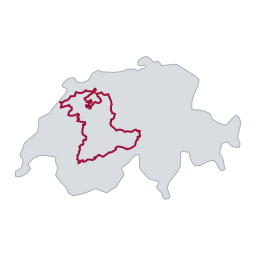 Bern on a map of Switzerland (Mercator projection)
{"feature_id": "CHE-3424", "entity_name": "Bern", "entity_type": "Canton", "adm_level": 1, "iso_a3": "CHE", "parent_name": "Switzerland", "parent_adm1": "", "projection": "mercator", "projection_center": [7.53, 46.838], "detail": "fine", "context": "in_parent", "style": "outline", "palette": "rose", "viewbox_px": 256, "rotation_deg": 0, "n_neighbors": 0, "source": "natural_earth", "source_scale": "10m", "svg_char_len": 7735}
<svg xmlns="http://www.w3.org/2000/svg" viewBox="0 0 256 256"><path d="M193.9,75.3L195.4,76.3L199.0,79.6L198.2,85.2L194.1,94.2L191.9,101.4L191.7,107.0L192.1,109.6L192.8,109.5L196.7,109.9L198.7,109.9L205.0,111.4L210.0,113.6L211.0,115.9L211.7,118.7L217.6,122.6L224.5,125.1L226.8,124.3L235.4,115.3L238.6,116.8L240.6,121.6L240.6,124.1L238.2,133.6L237.8,138.7L239.8,142.1L240.0,144.8L239.4,147.2L236.0,147.4L231.5,146.1L227.6,142.0L224.7,142.5L222.2,143.5L220.9,147.4L219.7,152.0L220.1,154.6L221.9,156.6L223.3,160.8L224.3,166.2L225.1,168.8L224.2,169.9L221.9,170.6L219.9,169.9L216.4,163.4L214.8,160.9L212.0,160.4L207.1,162.0L199.7,165.7L196.7,165.7L194.1,164.9L191.7,161.8L189.7,155.9L189.1,152.1L187.6,152.2L182.9,151.1L180.6,152.6L180.6,158.7L180.2,166.3L177.8,171.2L171.1,179.7L168.7,183.4L167.7,186.1L167.5,188.4L168.5,192.3L169.9,196.1L168.8,198.3L165.2,199.4L162.8,197.1L161.8,193.0L156.4,187.4L158.9,182.7L158.5,181.5L149.6,179.1L145.7,175.6L140.4,169.3L139.4,166.6L139.6,157.9L139.3,155.8L138.6,154.7L136.0,154.8L132.3,157.8L129.0,162.4L122.1,167.5L121.4,168.6L123.7,173.5L123.6,175.5L118.1,183.4L117.0,186.0L109.9,190.9L106.7,192.8L96.9,189.1L94.2,188.7L89.8,191.1L83.6,193.5L73.6,195.8L69.9,194.1L68.2,192.5L67.3,190.1L64.8,185.9L61.9,183.4L60.0,180.7L57.3,177.7L55.7,175.2L57.9,167.2L56.3,164.4L55.4,160.3L55.9,157.6L54.9,156.9L45.9,155.4L38.4,155.9L33.0,158.6L28.7,163.0L28.1,164.0L28.4,164.8L30.6,168.8L26.9,173.1L21.2,176.5L17.2,176.8L15.4,176.2L15.4,171.6L18.7,169.9L21.7,166.9L22.7,162.6L23.1,159.7L19.9,156.0L20.3,153.8L22.2,149.6L23.4,145.9L24.9,142.7L31.2,137.4L37.5,132.1L38.4,126.5L38.9,119.6L39.8,118.0L48.3,113.8L50.4,112.2L51.4,109.9L58.1,102.1L64.7,94.4L66.0,91.8L67.1,90.3L67.1,89.1L66.3,88.1L63.2,87.5L62.1,85.0L65.5,80.6L69.8,77.9L73.9,77.9L75.6,79.1L75.5,80.6L77.3,82.1L80.4,82.7L84.3,82.1L88.2,80.5L90.6,76.6L92.0,73.6L98.0,70.2L102.2,71.9L113.7,72.4L122.0,71.5L127.3,69.2L133.8,69.2L138.2,70.5L138.9,70.3L140.1,70.0L141.3,68.8L145.4,67.9L146.0,66.9L145.8,65.8L145.1,65.3L140.0,65.8L138.1,65.0L137.6,63.2L139.2,59.9L142.9,57.3L146.1,56.6L148.4,57.3L153.9,62.2L155.3,62.4L156.0,61.5L157.2,61.0L159.1,62.0L161.2,65.0L161.6,65.5L174.0,64.4L176.8,64.4L185.2,69.8L193.9,75.3Z" fill="#d9dde1" stroke="#a8b0b8" stroke-width="1"/><path d="M139.8,131.1L139.3,132.1L139.3,132.5L139.3,133.2L139.5,133.6L139.8,134.2L139.8,134.5L139.9,134.9L139.9,135.2L140.0,135.5L140.0,135.8L139.8,136.6L139.7,136.8L139.3,136.9L138.9,136.9L138.1,136.7L137.8,136.7L137.5,137.0L137.5,137.9L137.7,138.5L137.9,139.4L137.4,139.5L136.4,140.7L136.1,141.3L135.9,141.9L135.6,143.1L135.3,144.7L135.1,145.1L134.9,145.4L134.3,146.0L133.6,146.5L133.0,146.9L130.7,148.2L129.5,148.7L126.9,149.2L126.6,149.2L126.3,149.1L126.2,149.0L126.1,148.8L126.1,148.5L126.0,148.4L124.7,148.3L123.5,147.7L123.1,147.4L118.8,146.5L117.5,146.6L115.9,147.6L115.6,147.9L115.6,148.0L115.9,148.6L116.0,148.8L116.0,149.1L115.8,149.4L115.6,149.7L114.2,150.6L112.4,151.9L111.3,152.3L110.9,152.3L110.1,152.4L109.5,152.2L103.4,156.6L102.8,156.7L99.5,155.1L98.5,154.9L98.2,155.1L97.9,155.7L97.8,155.8L97.3,156.3L97.1,156.4L95.4,157.0L94.3,157.7L94.6,158.1L95.2,158.4L94.5,159.1L92.7,159.9L92.3,160.0L92.0,160.0L90.3,159.5L88.1,159.5L87.4,159.7L87.2,159.8L86.7,160.4L85.6,161.2L83.7,161.8L83.4,161.7L83.1,161.6L83.0,161.4L83.1,160.8L83.0,160.3L82.9,160.2L82.6,160.2L81.0,160.7L80.8,160.8L80.7,160.9L80.7,161.4L80.3,162.1L78.5,163.1L78.5,161.6L78.6,161.4L78.8,161.0L78.8,160.7L78.7,160.5L78.4,160.3L77.7,159.6L77.2,159.2L77.7,157.4L77.7,157.0L77.6,156.5L77.5,156.0L77.3,155.4L77.5,155.1L78.3,154.6L78.7,154.0L78.9,153.5L78.9,153.1L78.8,152.1L78.9,151.8L79.0,151.5L79.3,151.2L79.6,150.5L79.8,149.9L79.9,149.3L79.8,148.8L79.9,148.3L79.9,148.0L79.8,147.8L79.5,147.3L79.3,146.7L81.3,144.9L82.7,144.8L82.9,144.7L83.1,144.4L83.2,143.8L83.3,142.8L83.2,140.6L83.7,140.0L83.9,139.8L84.7,140.0L85.1,140.1L85.5,140.2L85.9,139.7L86.1,139.4L86.0,139.2L86.2,137.4L86.3,136.9L86.2,136.7L85.7,136.4L85.6,136.2L85.4,136.1L85.1,136.1L84.9,136.0L84.7,135.9L84.5,135.5L84.1,135.2L83.8,135.0L83.0,134.7L82.8,134.5L82.7,134.3L82.5,133.7L82.4,132.7L82.4,130.7L82.5,129.6L83.1,127.1L83.2,126.1L83.0,125.3L82.9,125.0L82.9,124.7L83.3,124.4L83.6,124.5L83.7,124.8L83.9,125.0L84.2,125.0L84.5,124.8L85.0,124.4L85.2,123.8L85.0,122.2L81.0,121.8L78.4,121.0L77.9,121.1L77.6,121.1L77.4,121.1L77.4,120.9L77.8,120.1L77.9,119.7L78.0,119.3L77.8,118.6L77.8,118.1L77.7,117.8L77.6,117.5L77.3,117.0L77.3,116.8L77.4,116.7L78.1,116.4L78.3,116.1L78.9,115.5L79.0,115.2L78.7,114.7L78.6,114.2L78.4,114.0L77.9,113.8L74.3,115.4L70.2,115.8L68.2,114.9L68.6,113.6L68.9,113.1L69.1,111.8L69.3,111.5L69.5,111.3L70.6,110.8L71.1,110.4L71.6,110.1L71.7,109.7L71.7,109.3L71.6,108.7L71.5,108.2L71.8,107.9L71.8,107.7L71.6,107.4L71.2,107.1L69.8,106.2L69.1,106.1L69.1,105.1L61.1,107.5L60.9,107.5L60.9,107.1L61.0,106.5L61.3,106.3L61.4,106.1L61.6,105.1L61.6,104.6L61.6,104.3L61.5,104.0L61.2,103.3L60.6,102.5L59.6,102.0L60.9,102.1L61.4,102.5L61.6,102.7L61.8,102.8L62.2,102.7L62.7,102.3L64.5,100.9L65.1,100.6L66.3,100.7L66.8,100.5L67.3,100.0L67.8,99.7L68.6,99.2L69.1,98.7L69.5,98.2L69.7,97.7L70.1,97.2L70.2,96.9L70.3,96.5L70.5,96.3L70.8,96.2L72.4,96.3L74.9,95.9L75.1,95.6L75.0,95.3L74.9,94.8L74.9,94.5L75.0,94.4L75.0,94.2L75.6,93.8L75.8,93.6L75.8,93.3L75.8,93.0L75.9,92.2L80.1,93.1L81.1,93.0L81.8,92.8L83.1,92.4L83.7,92.0L84.1,91.7L84.3,91.5L84.5,91.3L85.0,91.1L85.2,90.9L85.4,90.6L85.5,90.3L85.6,90.2L85.8,90.2L86.1,90.8L86.6,91.1L92.0,91.5L95.0,90.6L94.7,91.8L94.4,92.1L93.9,92.5L92.3,93.0L91.9,93.2L91.5,93.6L90.9,94.2L90.4,94.6L89.3,95.0L88.3,95.9L88.4,96.5L84.6,98.2L84.5,98.5L84.7,99.1L84.9,99.4L85.1,99.8L85.2,100.0L85.5,100.2L86.0,100.4L86.3,100.5L86.4,100.8L86.7,101.6L86.8,101.9L86.7,102.2L86.8,102.3L87.1,102.3L87.7,102.2L88.1,102.0L88.5,101.5L88.9,101.1L89.2,100.8L89.6,100.7L90.0,100.4L90.2,100.2L91.0,100.1L91.1,101.0L91.2,101.4L91.4,101.6L91.6,101.7L91.8,102.0L91.6,102.4L91.0,102.8L90.7,102.9L90.4,102.8L90.2,102.6L89.4,103.1L89.1,103.6L89.0,103.9L89.1,104.6L89.1,105.0L88.7,105.2L87.8,105.5L87.6,105.5L87.1,105.3L86.7,105.4L86.2,105.2L86.0,105.3L85.9,105.6L86.0,105.9L86.3,106.4L86.6,107.1L86.9,107.3L87.1,107.4L88.5,107.0L88.9,106.9L89.0,106.9L89.1,107.6L89.5,108.6L90.4,108.3L90.8,108.1L90.9,107.8L91.0,107.4L90.9,107.1L90.6,106.4L90.6,106.1L90.8,105.9L92.2,105.2L92.9,104.6L94.2,102.7L94.9,102.0L95.5,101.9L96.8,102.8L99.1,102.9L99.4,102.8L100.0,102.3L100.3,101.8L100.7,101.6L100.9,101.4L101.0,101.2L101.0,100.5L100.8,99.9L100.0,98.6L99.2,97.4L98.3,97.0L97.4,95.9L97.3,95.3L97.1,94.5L96.4,93.7L99.8,93.2L101.6,92.4L103.3,94.5L103.9,94.8L105.2,94.9L106.2,94.5L106.7,94.7L108.4,94.3L108.6,95.7L108.6,95.9L109.3,97.0L110.6,100.0L110.8,100.5L111.1,101.1L111.2,101.7L111.2,102.4L111.7,104.7L111.3,105.4L111.1,105.9L111.0,106.7L111.0,108.1L110.9,109.6L110.9,110.1L111.0,110.6L111.4,111.2L111.8,111.8L112.0,112.1L112.2,113.3L113.5,113.4L113.9,113.7L114.9,113.9L114.6,115.7L114.5,116.0L114.3,116.6L114.0,117.1L113.9,117.3L113.9,117.7L113.8,118.0L113.7,118.1L113.5,118.3L113.3,118.7L113.1,119.0L112.9,119.2L112.6,119.2L112.2,119.1L111.7,119.4L111.3,119.6L111.1,119.7L111.0,120.0L111.0,120.5L111.1,121.4L111.1,121.9L110.9,122.3L110.4,122.8L110.3,123.1L110.8,124.6L110.8,125.2L111.6,126.0L114.9,128.7L115.5,129.6L116.2,130.4L116.5,130.5L116.9,130.4L117.6,130.0L118.5,129.6L121.1,129.8L122.1,130.0L124.3,131.5L124.9,131.8L125.3,131.9L125.5,131.8L126.7,131.3L127.3,131.2L129.9,131.6L130.9,131.9L131.4,131.9L131.9,131.7L133.6,130.5L135.8,129.6L137.5,131.1L137.8,130.9L138.5,130.8L138.8,130.8L139.8,131.1ZM78.7,119.0L78.9,119.0L79.0,118.7L78.3,118.7L78.5,119.1L78.7,119.0ZM95.0,88.7L95.3,88.8L95.6,89.2L95.7,89.5L95.7,89.8L95.7,90.2L95.6,90.4L95.2,90.5L94.2,90.3L94.1,90.2L94.1,89.5L95.0,88.7Z" fill="none" stroke="#9f1239" stroke-width="2"/></svg>